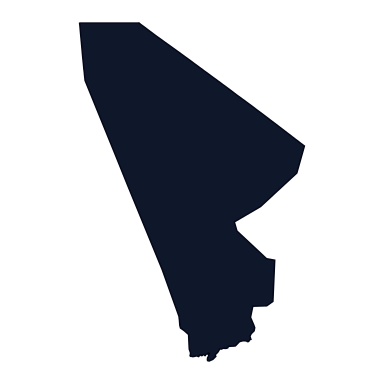 the district of Tombouctou, Timbuktu, Mali
{"feature_id": "8926073B54989133575544", "entity_name": "Tombouctou", "entity_type": "district", "adm_level": 2, "iso_a3": "MLI", "parent_name": "Mali", "parent_adm1": "Timbuktu", "projection": "robinson", "projection_center": [-3.022, 20.751], "detail": "fine", "context": "isolated", "style": "filled", "palette": "ink", "viewbox_px": 384, "rotation_deg": 0, "n_neighbors": 0, "source": "geoboundaries", "source_scale": "gbopen_adm2", "svg_char_len": 2880}
<svg xmlns="http://www.w3.org/2000/svg" viewBox="0 0 384 384"><path d="M274.7,260.2L266.5,258.7L236.9,231.0L234.3,221.9L260.6,206.5L274.4,193.7L296.8,173.0L304.4,146.0L304.1,145.8L303.0,145.0L302.8,144.8L302.0,144.2L301.5,143.9L299.7,142.5L299.4,142.3L299.1,142.0L295.5,139.3L294.5,138.5L293.4,137.6L293.0,137.4L292.0,136.6L291.8,136.4L287.3,133.0L277.8,125.7L270.4,120.1L265.2,116.1L255.8,109.1L252.2,106.3L247.4,102.8L246.2,101.9L245.5,101.4L245.4,101.3L244.5,100.6L243.2,99.7L242.5,99.2L242.1,98.9L236.2,94.6L228.6,88.8L228.3,88.6L227.1,87.7L226.6,87.4L226.1,87.0L225.8,86.7L224.8,86.0L222.4,84.3L222.1,84.0L221.1,83.3L221.0,83.2L220.2,82.6L219.7,82.2L218.1,81.1L216.8,80.1L216.0,79.5L214.6,78.5L212.9,77.3L212.4,76.9L212.1,76.7L210.5,75.5L207.0,72.9L204.3,71.0L201.6,68.9L201.1,68.6L200.8,68.4L197.6,66.0L194.3,63.6L194.2,63.6L192.9,62.5L189.9,60.3L186.2,57.6L184.6,56.5L184.4,56.3L181.5,54.2L171.4,46.9L170.7,46.4L167.5,44.1L166.9,43.7L155.4,35.4L147.4,29.4L145.1,27.6L140.8,24.5L140.2,24.0L139.0,23.0L138.9,23.1L133.3,23.1L125.0,23.1L123.6,23.1L112.8,23.1L98.9,23.1L89.0,23.1L83.2,23.1L79.9,23.1L79.6,23.2L79.6,23.4L79.7,24.1L79.9,25.7L80.6,33.9L81.9,47.9L82.6,56.1L83.3,62.9L83.5,65.0L83.8,68.3L84.0,70.1L84.1,70.6L84.1,70.9L84.4,73.4L84.4,74.1L84.5,75.1L84.6,75.6L84.7,76.6L84.7,77.0L84.9,78.3L85.0,79.8L85.1,80.4L85.1,80.5L116.4,157.4L127.6,185.2L162.2,269.5L179.0,316.4L179.5,320.8L179.8,325.2L180.5,328.0L184.2,330.6L188.6,334.5L189.1,345.9L189.3,349.4L189.7,350.4L190.0,351.3L190.4,352.3L190.5,353.5L190.4,354.5L190.1,355.3L190.1,355.8L190.5,356.3L191.3,356.1L192.2,356.6L193.1,356.6L193.9,356.5L194.6,356.3L195.3,356.2L195.7,355.9L196.2,355.9L196.7,355.9L197.9,356.3L198.6,356.6L198.9,356.4L199.0,356.2L199.1,355.9L199.3,355.4L199.4,355.2L199.8,355.2L200.1,355.2L200.4,355.1L200.7,355.0L201.2,355.1L201.3,355.2L201.5,355.4L201.5,355.6L201.9,355.6L202.2,355.5L202.6,355.2L202.9,355.0L203.0,354.9L203.3,354.7L203.8,354.7L204.2,354.8L204.5,355.0L204.7,355.4L205.0,355.6L205.3,355.5L205.3,355.4L205.6,354.9L205.7,354.7L205.9,354.4L206.3,354.2L206.5,354.0L206.8,353.8L207.1,353.9L207.5,353.9L207.7,354.1L207.8,354.1L208.0,353.9L208.2,353.6L208.1,353.3L208.1,353.2L208.3,353.0L208.5,353.1L208.8,353.3L209.2,353.2L209.5,352.7L209.4,353.5L208.2,356.7L207.6,357.9L207.4,359.4L207.6,360.6L209.1,361.0L212.8,359.4L215.8,356.4L215.3,355.3L215.5,354.4L216.8,353.2L218.0,351.9L218.2,351.6L219.7,349.0L220.4,348.9L221.1,349.1L221.8,348.9L222.8,348.4L223.9,348.2L224.7,348.4L225.9,348.4L226.9,348.2L227.9,347.7L228.3,346.4L229.0,346.1L229.7,346.4L230.8,346.2L233.5,346.1L235.4,345.9L239.1,342.0L239.7,341.6L241.8,341.0L243.5,340.7L246.5,340.9L247.2,341.5L248.0,341.7L248.8,341.3L249.7,339.7L250.9,339.4L249.9,336.3L251.2,333.7L254.1,330.8L254.7,327.7L253.8,325.2L250.5,317.4L252.8,306.2L266.7,305.8L272.9,301.4L274.7,260.2Z" fill="#0f172a" stroke="#020617" stroke-width="1.5"/></svg>